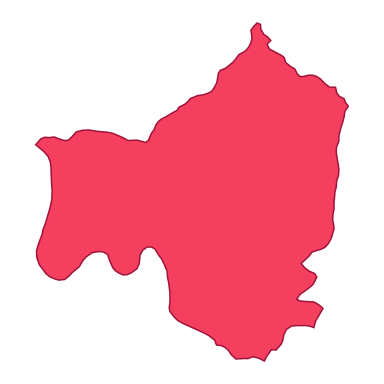 Bariri, São Paulo, Brazil (orthographic projection)
{"feature_id": "56859067B75550214220270", "entity_name": "Bariri", "entity_type": "district", "adm_level": 2, "iso_a3": "BRA", "parent_name": "Brazil", "parent_adm1": "São Paulo", "projection": "orthographic", "projection_center": [-48.72, -22.06], "detail": "fine", "context": "isolated", "style": "filled", "palette": "rose", "viewbox_px": 384, "rotation_deg": 0, "n_neighbors": 0, "source": "geoboundaries", "source_scale": "gbopen_adm2", "svg_char_len": 2773}
<svg xmlns="http://www.w3.org/2000/svg" viewBox="0 0 384 384"><path d="M42.9,229.9L42.2,234.2L40.4,238.8L38.0,245.3L36.5,251.1L36.8,257.5L39.3,264.7L46.2,273.9L49.7,276.7L54.7,278.9L58.8,280.1L64.7,279.5L69.2,275.9L72.3,272.5L79.3,266.7L82.9,260.5L86.0,257.0L92.2,252.7L98.4,251.6L103.4,252.0L107.5,254.4L109.9,261.2L112.8,267.7L115.1,270.5L118.7,273.0L123.4,275.0L127.3,274.6L131.2,272.9L136.9,268.8L139.1,263.9L139.7,259.8L140.0,255.2L142.8,250.2L147.1,247.0L151.9,247.1L155.2,249.4L158.4,254.8L161.7,259.1L164.7,265.4L167.1,271.1L167.4,276.5L168.8,283.6L169.9,292.8L170.0,298.2L169.9,302.2L169.2,308.0L170.0,311.7L174.2,317.0L177.8,320.6L182.9,323.4L204.1,333.0L208.9,335.6L214.7,340.2L216.5,345.1L221.3,345.6L225.4,347.6L228.4,350.4L231.1,354.6L235.8,359.0L244.3,358.5L247.9,358.6L252.8,356.8L258.7,358.2L264.4,361.0L266.2,357.2L271.4,349.7L276.1,350.0L281.0,344.4L282.6,341.0L283.9,334.6L286.5,329.4L291.6,326.0L297.6,325.6L301.9,325.6L306.1,325.6L310.0,326.2L313.9,327.6L315.5,321.2L318.2,316.8L320.4,312.9L323.0,308.4L319.1,305.0L313.9,301.9L306.2,301.5L299.9,300.9L296.7,299.2L300.0,294.4L303.3,292.1L308.7,288.2L312.8,284.7L314.8,281.2L316.8,277.1L314.8,273.6L309.1,271.1L305.2,268.2L301.1,263.6L309.3,255.8L312.0,252.1L316.5,250.6L321.1,249.2L324.9,247.4L328.4,243.5L330.4,239.9L331.9,236.5L332.8,232.9L334.0,229.3L333.8,225.5L332.7,220.3L332.9,215.3L334.0,208.9L334.0,203.3L334.7,195.7L334.9,191.9L336.2,187.3L336.7,180.9L338.5,175.5L338.9,169.9L338.3,164.7L337.5,160.5L336.3,152.6L336.4,147.5L338.8,141.4L338.9,135.8L340.3,130.0L341.4,126.1L342.7,122.2L344.1,117.0L344.8,111.6L348.3,106.2L345.3,102.1L344.0,98.6L339.4,96.4L336.8,93.0L335.5,87.2L329.6,87.2L324.5,83.2L320.9,79.4L317.0,76.6L312.7,75.2L308.3,75.2L304.0,76.4L300.0,76.6L297.0,73.4L294.8,68.9L290.5,66.4L285.7,62.5L284.2,57.5L281.2,55.2L278.0,53.6L273.6,51.2L269.4,49.0L267.1,44.2L270.8,40.4L267.7,37.0L263.8,34.4L260.9,29.3L260.5,24.4L257.1,23.0L253.3,26.8L250.9,30.4L251.5,33.9L252.0,38.4L250.7,43.2L248.6,47.2L245.3,51.0L238.8,54.7L235.5,59.3L233.2,62.0L228.6,65.9L225.1,68.4L220.3,70.3L218.4,73.3L216.9,82.5L214.5,87.1L211.9,91.1L208.6,93.0L203.4,94.8L197.9,95.5L190.4,98.5L187.4,102.1L184.7,104.3L179.1,107.1L176.9,110.5L173.7,112.1L170.2,114.2L165.6,116.9L161.3,119.1L158.4,121.5L155.9,124.9L154.1,129.6L151.1,133.9L148.6,140.2L145.6,142.5L140.8,141.1L136.9,140.1L128.0,140.5L124.6,138.5L121.3,136.9L113.2,133.5L107.3,132.2L101.3,131.7L96.9,131.3L89.1,130.0L82.2,130.3L76.1,132.0L71.8,136.9L68.3,140.2L64.4,140.6L59.5,139.0L54.3,137.0L48.5,137.6L45.0,137.2L40.9,138.8L35.7,144.8L40.6,148.8L43.9,151.6L48.1,156.4L50.2,161.6L50.9,166.0L51.5,182.1L52.1,189.8L52.0,193.6L51.9,198.6L51.1,203.2L49.7,208.9L46.3,220.4L45.0,224.6L42.9,229.9Z" fill="#f43f5e" stroke="#9f1239" stroke-width="1.5"/></svg>